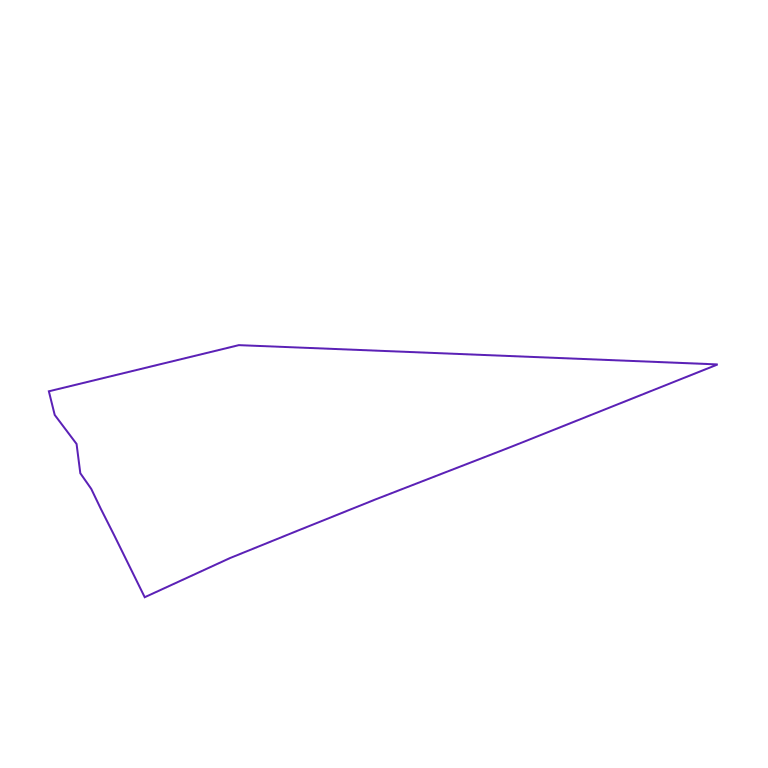 Nova Floresta, Paraíba, Brazil (Natural Earth projection), rotated 249°
{"feature_id": "56859067B50787549545367", "entity_name": "Nova Floresta", "entity_type": "district", "adm_level": 2, "iso_a3": "BRA", "parent_name": "Brazil", "parent_adm1": "Paraíba", "projection": "natural_earth1", "projection_center": [-36.208, -6.495], "detail": "fine", "context": "isolated", "style": "outline", "palette": "violet", "viewbox_px": 768, "rotation_deg": 249, "n_neighbors": 0, "source": "geoboundaries", "source_scale": "gbopen_adm2", "svg_char_len": 337}
<svg xmlns="http://www.w3.org/2000/svg" viewBox="0 0 768 768"><g transform="rotate(249 384 384)"><path d="M270.7,84.2L276.7,177.9L278.0,250.1L279.3,334.3L279.8,481.1L282.7,702.5L472.3,262.4L497.3,68.5L473.1,65.5L438.2,75.5L409.5,68.5L391.0,73.1L368.9,74.9L339.5,77.9L270.7,84.2Z" fill="none" stroke="#5b21b6" stroke-width="2"/></g></svg>